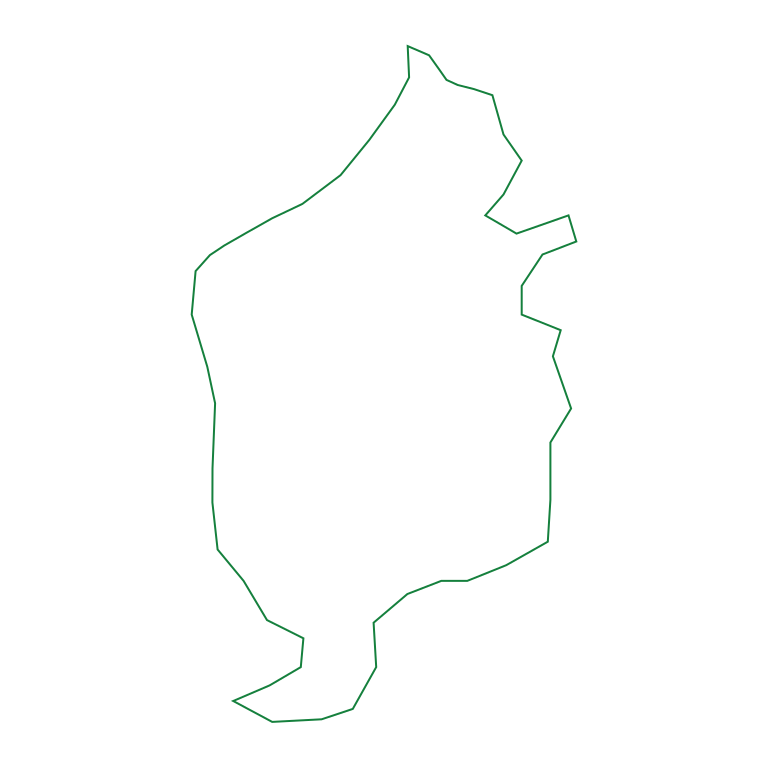 Gerakies, Nicosia, Cyprus (Albers equal-area conic projection)
{"feature_id": "46923920B59872666300573", "entity_name": "Gerakies", "entity_type": "district", "adm_level": 2, "iso_a3": "CYP", "parent_name": "Cyprus", "parent_adm1": "Nicosia", "projection": "albers", "projection_center": [32.789, 35.014], "detail": "fine", "context": "isolated", "style": "outline", "palette": "green", "viewbox_px": 768, "rotation_deg": 0, "n_neighbors": 0, "source": "geoboundaries", "source_scale": "gbopen_adm2", "svg_char_len": 778}
<svg xmlns="http://www.w3.org/2000/svg" viewBox="0 0 768 768"><path d="M492.4,95.2L474.0,89.1L457.7,85.0L446.5,79.9L439.3,69.6L429.1,55.3L407.7,46.1L409.1,77.4L394.8,104.7L369.3,139.9L340.6,175.1L302.4,203.9L272.1,218.3L246.6,232.7L224.3,245.5L209.9,255.1L195.6,271.1L191.7,314.6L207.3,366.8L215.1,403.3L212.5,468.6L212.4,502.5L217.6,549.5L243.6,580.9L267.0,620.1L303.4,638.3L300.8,667.1L269.6,685.4L233.2,701.0L272.2,721.9L321.6,719.3L352.8,708.9L376.2,667.1L373.6,622.7L407.4,594.0L441.2,580.9L467.2,580.9L506.2,565.2L547.8,541.7L550.4,499.9L550.4,442.5L571.1,408.5L552.9,356.3L560.7,330.2L521.7,314.6L521.7,285.9L542.5,254.5L576.3,241.5L568.5,215.4L516.5,233.6L485.3,215.4L503.5,194.5L521.7,160.6L503.5,134.5L492.4,95.2Z" fill="none" stroke="#15803d" stroke-width="2"/></svg>